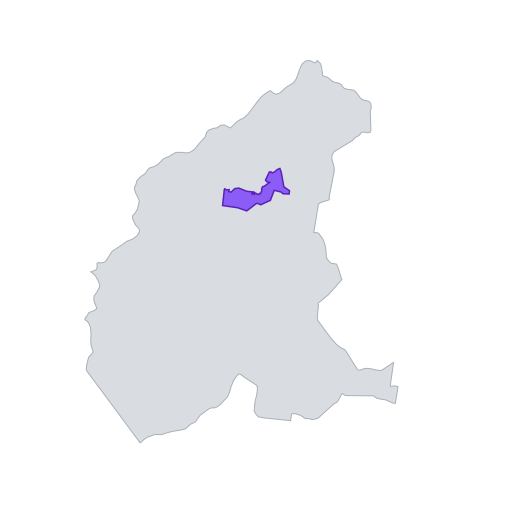 Jur River, Western Bahr el Ghazal, South Sudan (highlighted), rotated 99°
{"feature_id": "79223893B97545569096613", "entity_name": "Jur River", "entity_type": "district", "adm_level": 2, "iso_a3": "SSD", "parent_name": "South Sudan", "parent_adm1": "Western Bahr el Ghazal", "projection": "orthographic", "projection_center": [27.953, 7.62], "detail": "fine", "context": "in_parent", "style": "filled", "palette": "violet", "viewbox_px": 512, "rotation_deg": 99, "n_neighbors": 0, "source": "geoboundaries", "source_scale": "gbopen_adm2", "svg_char_len": 4344}
<svg xmlns="http://www.w3.org/2000/svg" viewBox="0 0 512 512"><g transform="rotate(99 256 256)"><path d="M412.1,388.7L397.3,403.9L396.3,404.8L394.4,406.0L388.4,406.1L382.2,405.5L376.4,401.7L370.6,404.7L366.9,405.7L364.7,406.1L359.5,406.6L352.3,408.3L349.0,410.4L347.2,412.0L345.7,414.9L345.0,415.2L343.7,414.9L341.8,413.7L337.9,412.1L335.9,408.4L334.1,406.1L332.6,405.0L326.4,408.7L323.4,409.6L320.9,409.6L316.4,407.5L311.5,405.8L308.9,405.8L305.1,408.0L300.8,411.4L298.5,414.7L297.5,416.7L295.9,413.7L294.5,411.8L292.4,411.1L288.2,411.9L287.2,410.8L287.0,408.2L286.4,405.9L285.3,404.1L282.1,402.4L273.8,398.8L267.4,391.7L264.2,388.3L261.9,386.2L258.6,380.6L254.8,376.7L250.2,374.9L247.2,375.8L244.1,380.0L238.2,383.9L235.5,384.1L232.1,381.9L227.8,380.4L220.0,379.8L216.8,381.7L212.6,384.7L209.0,386.5L206.8,386.7L204.7,385.9L202.4,385.6L200.4,385.5L196.2,382.8L194.1,380.8L192.6,378.8L190.3,377.5L187.5,376.4L185.6,374.7L184.6,372.5L183.0,369.8L181.0,367.3L174.7,362.8L172.8,360.2L171.5,357.6L168.9,354.8L166.1,351.0L165.2,345.4L165.1,341.0L164.5,338.9L163.4,336.8L162.0,335.1L159.8,333.1L154.6,330.2L149.3,326.8L146.7,324.9L141.9,324.2L139.0,322.3L136.6,318.1L135.6,314.7L133.1,312.1L132.1,310.2L131.5,308.0L133.5,301.4L130.7,299.1L126.5,296.0L123.5,292.7L121.7,289.6L116.3,285.6L104.6,279.5L97.8,275.6L94.1,272.1L90.9,268.7L90.6,267.3L92.7,264.0L93.1,261.2L91.4,258.1L84.4,252.3L78.8,245.9L74.6,243.9L64.4,242.0L61.5,241.3L58.5,240.1L55.5,237.2L54.5,233.8L56.0,228.4L55.1,226.7L53.4,226.3L53.8,225.2L55.8,222.5L59.0,220.9L67.4,218.3L67.9,217.2L68.1,213.9L68.8,212.2L71.7,207.6L72.1,205.7L72.3,201.7L72.7,199.8L73.5,198.5L75.9,196.2L76.7,194.8L77.1,191.7L76.9,185.7L78.1,183.3L83.4,177.9L84.8,175.4L85.3,173.2L85.3,171.0L85.6,168.8L87.2,166.7L88.6,166.0L92.5,165.4L95.1,165.8L113.7,162.2L115.9,162.7L116.8,165.0L116.7,168.5L117.0,170.2L118.0,171.5L120.9,173.1L123.0,176.0L124.0,177.0L127.0,179.0L140.8,195.2L144.7,196.7L148.5,196.2L156.0,192.8L159.7,192.0L186.0,193.0L189.0,192.5L193.2,200.7L195.1,202.5L224.0,202.6L223.4,200.3L223.8,197.7L228.8,192.7L229.5,192.1L234.0,189.7L238.3,188.1L246.7,186.2L249.7,183.3L251.4,180.6L251.4,175.3L252.5,174.5L254.5,173.2L264.1,168.5L265.8,167.5L282.9,178.4L292.5,187.0L293.1,187.4L293.6,187.6L294.1,187.2L294.6,186.8L295.7,186.5L299.8,186.3L307.6,185.8L310.1,184.8L325.5,169.1L329.4,164.2L330.4,163.2L332.6,159.6L334.8,153.5L335.3,152.8L352.1,138.2L352.7,137.0L352.8,136.1L350.2,131.2L349.6,128.8L349.4,125.0L349.8,119.0L349.6,115.3L349.4,114.3L349.2,114.0L339.6,103.5L363.5,103.1L363.5,101.8L363.4,101.4L362.9,100.1L362.6,98.4L362.6,97.4L362.7,96.6L362.8,96.1L362.7,95.7L362.8,95.3L379.9,95.3L379.7,98.3L377.8,105.5L377.9,109.7L377.5,114.6L376.9,116.0L376.1,117.2L375.8,117.8L375.8,118.3L379.8,145.5L379.6,146.6L378.7,148.3L378.4,148.9L378.4,149.3L378.8,149.6L386.7,152.5L387.1,152.6L387.4,152.9L390.3,156.3L406.2,169.1L406.7,169.7L408.4,173.7L408.6,174.3L408.7,175.3L408.6,176.1L408.3,178.5L408.4,179.6L408.7,180.3L408.9,181.2L408.9,181.4L408.8,182.0L406.6,186.7L405.9,190.1L405.7,192.9L405.9,194.5L406.1,195.6L406.4,196.0L406.6,196.1L413.3,196.1L413.3,197.5L414.6,222.1L414.7,224.9L414.5,228.4L413.7,229.7L411.8,231.7L409.5,233.5L403.4,234.1L398.3,234.1L394.7,233.7L389.8,233.6L385.1,234.1L383.4,235.6L377.5,248.8L375.6,252.1L375.2,254.0L375.7,255.1L378.2,256.7L383.5,259.0L389.5,260.3L394.0,260.8L397.1,261.4L399.5,262.1L408.1,267.9L410.9,270.6L412.5,273.1L412.8,275.7L414.1,278.3L422.0,286.3L429.5,290.1L432.4,294.4L435.2,296.5L437.8,298.7L439.3,302.1L442.6,311.9L444.9,317.0L447.2,321.2L448.1,328.0L449.9,331.1L451.8,334.8L454.8,338.1L458.1,340.6L458.6,341.3L426.7,373.8L412.1,388.7Z" fill="#d9dde1" stroke="#a8b0b8" stroke-width="1"/><path d="M186.3,233.1L183.3,239.3L169.2,244.2L165.8,246.1L167.3,248.6L169.9,250.6L171.4,253.1L170.5,254.6L171.0,256.0L179.6,258.5L181.0,256.9L181.2,254.1L185.9,258.9L186.4,260.3L188.7,261.0L190.2,260.5L193.7,261.3L193.7,262.4L195.0,263.3L193.9,266.5L195.1,267.2L193.2,267.8L193.2,269.0L194.9,268.3L195.6,269.4L193.3,270.1L193.5,275.3L191.6,283.7L192.8,287.6L196.7,290.5L196.7,293.0L194.7,292.9L195.3,295.2L194.5,297.4L195.1,297.7L211.4,296.9L211.2,281.7L212.9,272.2L206.9,266.5L204.1,263.9L203.9,262.1L204.7,259.4L199.5,251.6L198.9,250.5L188.3,248.3L188.9,241.1L190.3,239.2L189.6,233.0L186.3,233.1Z" fill="#8b5cf6" stroke="#5b21b6" stroke-width="1.5"/></g></svg>